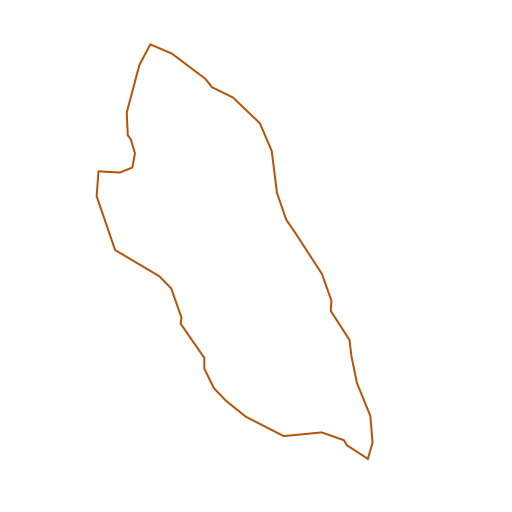 Jocotenango, Sacatepéquez, Guatemala (Robinson projection), rotated 292°
{"feature_id": "79465075B20964806196125", "entity_name": "Jocotenango", "entity_type": "district", "adm_level": 2, "iso_a3": "GTM", "parent_name": "Guatemala", "parent_adm1": "Sacatepéquez", "projection": "robinson", "projection_center": [-90.734, 14.586], "detail": "fine", "context": "isolated", "style": "outline", "palette": "amber", "viewbox_px": 512, "rotation_deg": 292, "n_neighbors": 0, "source": "geoboundaries", "source_scale": "gbopen_adm2", "svg_char_len": 672}
<svg xmlns="http://www.w3.org/2000/svg" viewBox="0 0 512 512"><g transform="rotate(292 256 256)"><path d="M412.6,78.8L389.5,76.3L340.6,82.4L319.9,91.9L317.3,96.2L305.9,105.3L291.7,108.2L282.4,98.5L275.5,78.3L251.8,85.8L208.7,123.2L201.0,173.9L194.1,189.6L171.0,210.0L165.0,211.5L142.1,246.3L132.3,250.2L117.7,266.4L110.4,282.7L103.1,306.9L99.4,349.1L117.1,383.1L118.1,406.6L114.5,411.3L109.8,435.7L126.6,434.0L150.6,421.9L176.0,397.2L198.4,382.3L213.2,374.1L233.1,345.9L242.9,342.6L264.1,323.8L293.3,282.1L300.9,270.5L322.5,251.7L359.2,231.3L380.5,209.9L394.3,175.3L396.0,151.9L401.3,142.7L412.1,102.3L412.6,78.8Z" fill="none" stroke="#b45309" stroke-width="2"/></g></svg>